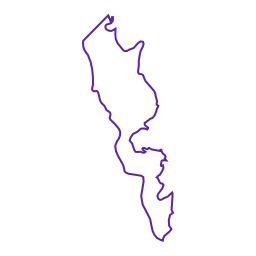 SVG path tracing the border of Surigao del Sur
{"feature_id": "PHL-2594", "entity_name": "Surigao del Sur", "entity_type": "Province", "adm_level": 1, "iso_a3": "PHL", "parent_name": "Philippines", "parent_adm1": "", "projection": "natural_earth1", "projection_center": [126.161, 8.696], "detail": "fine", "context": "isolated", "style": "outline", "palette": "violet", "viewbox_px": 256, "rotation_deg": 0, "n_neighbors": 0, "source": "natural_earth", "source_scale": "10m", "svg_char_len": 2540}
<svg xmlns="http://www.w3.org/2000/svg" viewBox="0 0 256 256"><path d="M108.2,15.4L108.8,16.6L109.0,17.8L110.0,19.5L110.4,20.9L111.8,18.2L112.1,17.1L112.9,17.1L112.9,19.4L112.7,20.8L112.3,21.7L111.3,22.9L110.0,23.6L106.5,24.6L105.5,25.8L105.4,27.7L106.1,29.1L107.3,30.0L108.8,30.6L110.9,31.0L112.2,30.6L115.5,28.7L115.3,34.4L115.8,39.1L117.7,43.4L123.3,50.2L124.2,50.8L125.5,51.1L127.1,50.9L129.6,49.5L133.7,48.0L138.1,43.0L140.6,41.4L143.0,41.8L143.6,43.8L142.9,46.5L140.6,51.0L139.8,54.4L138.8,60.7L138.8,65.4L138.0,71.8L138.6,73.5L139.9,74.0L141.4,74.2L142.6,74.7L143.4,76.0L144.7,79.4L145.5,81.0L154.3,91.2L155.4,94.1L155.6,96.0L157.1,101.3L156.6,103.4L156.7,104.7L158.3,105.8L158.0,106.9L157.4,108.0L157.1,108.2L156.2,111.5L154.8,115.0L152.7,117.8L150.1,118.9L145.5,122.5L144.7,122.7L144.7,124.7L145.7,125.9L148.0,127.6L148.0,128.5L147.6,128.8L147.5,129.1L147.2,129.5L145.7,128.9L144.4,128.5L141.8,128.5L140.3,129.1L137.4,131.8L133.1,133.9L130.7,137.3L129.7,140.6L132.1,143.5L134.3,150.0L135.5,151.8L136.6,152.0L140.6,151.8L142.9,152.7L144.1,152.7L145.5,151.8L143.1,150.0L142.3,148.9L143.1,147.9L144.4,148.0L146.0,148.8L147.6,149.1L148.9,147.9L151.7,149.4L159.7,150.9L159.6,150.6L159.9,150.2L160.6,149.8L161.3,149.8L161.2,150.2L161.7,151.4L162.6,153.2L165.0,155.4L165.6,156.8L164.7,158.7L165.2,159.1L165.8,159.9L166.3,160.5L163.1,160.3L161.8,160.7L161.3,162.0L160.9,165.3L161.3,166.0L162.9,165.3L163.4,167.7L162.5,170.5L159.7,175.0L159.1,175.2L157.7,176.2L156.7,177.4L157.6,177.9L158.0,178.6L159.7,182.3L160.7,183.3L162.5,183.7L163.5,185.0L162.2,188.6L158.3,193.7L157.4,196.1L158.4,198.8L160.2,200.0L162.2,199.3L164.1,198.1L167.8,196.6L172.1,192.5L172.6,193.9L171.9,206.0L171.5,208.1L171.7,210.2L173.0,212.9L170.1,214.9L168.8,220.0L169.1,225.6L171.4,229.2L169.2,231.8L164.4,235.9L163.0,239.0L162.9,240.6L160.4,239.8L157.0,237.9L154.4,234.9L152.7,231.2L151.7,227.0L150.1,218.9L142.7,204.7L141.2,196.1L143.6,181.5L143.3,177.1L141.1,175.7L128.4,173.7L125.7,172.5L124.6,171.2L123.5,166.1L123.0,164.8L118.3,156.4L116.0,151.2L115.2,146.0L116.9,141.4L118.9,138.5L120.1,135.3L120.2,132.0L119.1,129.1L115.0,124.1L110.4,119.6L109.7,118.2L110.0,116.5L110.5,114.8L110.3,113.1L109.2,111.8L107.8,110.9L106.4,110.0L104.7,106.3L103.5,104.9L102.1,103.6L100.9,102.1L99.8,99.6L98.8,94.7L97.9,91.9L96.7,91.0L95.2,91.2L93.5,91.2L92.1,89.7L92.1,88.7L93.0,84.9L92.9,77.0L92.2,69.3L90.6,61.9L87.9,55.0L87.9,54.9L87.9,55.0L87.9,54.9L85.7,52.1L84.2,49.6L83.3,46.7L83.0,43.0L83.3,40.7L108.2,15.4L108.2,15.4Z" fill="none" stroke="#5b21b6" stroke-width="2"/></svg>